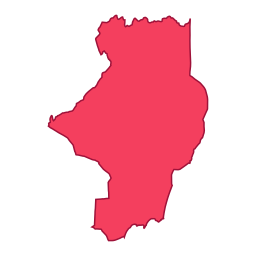 Bac Binh, Bình Thuận, Vietnam
{"feature_id": "81297802B84889732636102", "entity_name": "Bac Binh", "entity_type": "district", "adm_level": 2, "iso_a3": "VNM", "parent_name": "Vietnam", "parent_adm1": "Bình Thuận", "projection": "equal_earth", "projection_center": [108.379, 11.264], "detail": "fine", "context": "isolated", "style": "filled", "palette": "rose", "viewbox_px": 256, "rotation_deg": 0, "n_neighbors": 0, "source": "geoboundaries", "source_scale": "gbopen_adm2", "svg_char_len": 5683}
<svg xmlns="http://www.w3.org/2000/svg" viewBox="0 0 256 256"><path d="M190.1,18.6L189.9,20.0L189.7,20.8L189.2,22.1L188.8,22.6L188.6,22.9L187.1,23.7L185.4,24.2L185.1,24.6L184.5,26.0L184.3,26.3L183.6,26.4L181.1,26.1L180.5,25.8L179.6,25.3L179.2,24.7L179.0,24.4L178.9,23.3L178.8,23.1L177.4,23.0L176.9,22.7L176.6,22.3L176.6,21.4L176.4,21.0L175.5,20.6L172.7,18.0L172.1,17.9L171.8,18.0L171.1,17.9L170.4,16.8L169.8,16.4L169.4,16.3L169.1,16.3L167.4,17.1L166.6,18.2L166.3,18.4L165.1,18.3L164.0,18.3L162.7,18.7L162.5,18.8L162.3,19.2L162.1,21.1L161.9,21.3L161.6,21.5L160.8,21.6L158.1,21.0L157.6,21.1L156.7,21.5L155.9,21.6L155.3,21.4L154.2,20.9L153.4,21.8L153.2,22.0L152.0,22.0L150.5,22.7L149.9,22.8L149.0,22.6L148.2,22.0L147.8,21.3L147.7,20.8L147.6,19.4L147.4,19.0L146.5,18.1L145.7,17.5L144.7,17.5L143.8,17.8L143.5,18.1L143.0,19.1L142.6,19.5L142.1,19.7L141.2,19.7L140.2,20.3L139.1,21.2L138.8,21.2L138.4,21.1L137.9,20.9L136.1,19.2L135.7,18.7L135.2,18.3L134.8,18.3L134.3,18.6L133.9,19.3L132.6,22.0L132.1,24.6L131.8,25.0L131.0,25.2L129.1,26.4L128.3,26.1L127.4,25.5L127.1,25.5L126.4,26.3L125.6,26.7L125.4,26.7L125.1,26.4L124.7,25.2L124.6,24.5L124.8,22.9L124.9,19.9L123.8,19.9L123.5,19.7L123.2,18.9L122.6,17.0L122.4,17.0L121.5,17.3L119.2,19.1L118.8,19.3L118.4,19.3L118.0,19.2L117.9,19.0L117.2,17.6L117.0,17.0L116.8,15.6L116.5,15.4L115.9,15.4L115.1,15.8L114.2,16.6L113.3,17.8L112.9,17.9L111.9,18.0L111.1,18.4L110.7,18.7L110.3,19.3L109.9,20.3L109.4,21.2L109.2,21.3L107.5,22.3L106.9,22.6L106.4,22.6L102.2,22.2L101.3,24.3L100.7,25.4L100.2,26.7L99.0,28.0L98.3,29.3L98.2,29.6L98.2,30.3L99.7,32.7L99.8,33.0L99.9,33.6L99.6,34.2L99.2,34.8L96.0,38.1L95.7,38.9L95.8,39.7L97.5,45.8L98.6,48.9L99.0,50.5L99.8,52.1L101.0,54.7L101.9,54.2L102.0,53.9L102.6,53.1L102.7,52.2L102.9,51.7L103.4,51.6L104.1,51.0L104.3,51.0L104.7,51.7L105.0,52.0L105.8,53.2L106.9,53.6L107.1,54.0L107.2,55.4L107.5,56.1L107.8,57.4L108.6,59.2L108.8,59.4L109.2,59.3L109.5,59.4L109.8,60.5L110.3,60.8L110.8,61.3L111.0,62.9L110.7,64.6L110.9,65.4L108.9,68.0L105.5,71.8L104.5,72.2L103.2,72.6L102.8,72.8L102.3,73.3L102.2,73.8L102.0,74.5L101.9,77.4L100.1,79.2L99.3,80.4L98.2,82.0L96.8,85.0L95.0,87.3L94.5,87.7L93.3,87.8L92.9,88.0L88.6,91.5L86.4,93.6L85.8,94.3L84.0,96.9L83.6,99.2L83.2,99.8L82.9,100.0L80.9,100.7L78.9,102.2L77.8,102.9L76.5,103.5L76.4,104.6L76.0,106.1L75.1,107.1L73.0,110.4L72.3,110.9L71.4,111.2L69.1,111.6L68.4,112.2L67.0,112.2L65.2,112.5L63.6,113.0L62.9,112.9L62.5,113.0L61.1,114.0L59.3,115.1L58.6,115.5L57.7,115.7L57.2,116.4L55.7,117.0L55.3,118.4L55.1,119.1L53.6,120.7L53.0,120.0L52.8,119.3L52.2,116.3L51.9,115.7L51.6,115.6L51.3,115.8L50.6,117.2L50.3,117.9L50.0,119.2L50.1,120.3L50.3,122.1L50.2,122.4L49.1,122.9L48.9,123.1L48.7,123.4L48.7,123.9L48.9,124.8L48.9,125.3L48.4,126.1L50.4,127.7L52.6,128.9L58.7,132.7L63.8,135.5L67.3,137.7L68.0,138.4L68.8,139.7L69.6,140.8L72.4,144.1L73.2,145.2L74.8,151.4L74.9,151.7L75.3,152.2L75.4,152.6L75.6,153.1L75.7,153.8L76.0,154.7L76.2,154.8L78.2,155.0L83.0,156.1L84.2,156.2L92.0,159.5L93.0,159.8L95.2,160.2L96.3,160.9L97.1,161.2L97.7,161.5L98.9,162.4L98.9,162.8L98.8,163.5L99.0,163.9L103.5,169.3L106.0,171.3L108.6,173.2L109.4,174.1L111.0,177.9L111.0,178.2L110.9,178.5L110.0,179.9L108.7,181.5L108.4,182.2L108.2,182.5L108.5,190.7L108.7,192.2L108.8,196.9L108.8,198.4L106.3,198.5L103.8,198.9L102.2,198.9L100.4,199.1L95.8,199.4L95.4,208.3L95.1,211.3L95.0,214.4L94.5,225.4L94.4,225.5L93.3,226.1L92.0,227.0L92.7,227.2L93.7,227.6L94.7,228.7L95.3,229.0L96.7,228.9L100.9,229.2L101.2,229.3L101.5,229.7L102.2,231.1L102.9,231.8L106.1,235.2L106.6,236.0L107.2,237.4L107.9,239.4L108.6,240.6L112.0,240.6L113.3,240.5L114.8,240.2L116.5,239.6L120.0,238.2L121.5,237.4L123.9,236.4L124.3,237.3L125.1,234.9L125.7,233.3L126.4,231.8L127.0,230.8L128.5,228.7L129.6,227.8L130.2,227.6L131.4,225.7L132.3,224.9L132.6,224.7L134.1,224.3L135.0,224.3L135.9,224.4L136.3,224.7L136.3,224.9L136.3,225.2L136.8,225.4L136.9,226.0L137.3,225.9L137.8,225.3L138.1,225.2L138.3,225.4L138.9,225.2L139.4,225.3L139.7,225.1L140.7,225.2L142.5,225.0L143.2,225.1L143.6,225.3L143.9,225.6L143.9,226.2L143.9,226.7L143.8,227.2L143.8,227.3L143.9,227.2L144.0,227.4L144.3,227.6L144.5,227.8L144.6,227.5L145.1,226.9L145.5,226.0L146.0,225.4L146.0,225.2L146.3,225.1L146.4,224.3L147.0,223.0L148.2,221.3L148.7,220.7L149.6,219.9L150.4,219.2L151.1,218.9L151.9,218.6L152.2,218.8L152.8,218.7L154.4,218.7L154.8,218.9L155.4,219.5L155.4,220.1L155.8,220.5L157.0,220.8L158.3,221.9L158.5,222.0L159.0,221.8L159.3,221.4L160.0,220.9L160.5,220.5L160.7,220.2L160.9,220.1L160.9,219.9L161.2,220.0L161.4,219.9L161.5,219.8L161.5,219.4L161.9,219.1L162.1,219.1L162.2,218.9L162.7,218.7L162.8,218.4L163.1,218.4L163.4,218.7L163.6,218.6L163.6,218.3L163.3,217.9L163.5,216.3L164.0,213.0L165.2,206.9L166.6,201.7L167.8,197.6L169.6,192.3L172.2,185.4L171.7,184.3L171.6,183.8L171.5,175.4L171.6,174.4L172.8,171.5L173.6,169.9L173.9,169.5L178.1,169.7L179.9,169.3L183.5,166.8L188.4,163.2L189.0,163.0L189.7,163.3L189.8,163.3L190.1,162.5L190.0,160.9L190.2,160.7L190.7,160.7L191.0,160.6L191.2,160.2L191.7,159.0L191.6,157.2L192.2,156.2L192.6,154.8L193.4,153.0L193.6,152.2L193.7,151.1L193.7,150.7L193.5,150.3L194.0,149.1L194.7,148.9L195.0,148.7L195.8,147.5L198.4,144.3L199.7,143.0L199.9,142.7L200.6,139.7L200.8,139.4L201.6,138.5L201.7,138.1L202.4,137.8L202.6,137.3L203.5,134.3L204.0,132.8L204.3,130.4L204.0,126.4L204.0,122.5L202.9,119.6L202.9,119.4L205.7,113.0L207.4,109.3L207.5,108.9L207.6,99.8L207.5,98.5L207.4,97.5L207.2,96.4L206.1,92.3L205.5,90.1L204.6,88.3L203.5,86.7L200.6,83.4L199.5,82.4L194.9,79.2L191.9,76.7L190.1,75.7L189.8,75.2L189.9,71.9L190.5,66.4L190.6,62.8L190.0,48.1L189.9,40.1L190.0,35.3L189.9,26.8L190.2,19.9L190.2,19.0L190.1,18.6Z" fill="#f43f5e" stroke="#9f1239" stroke-width="1.5"/></svg>